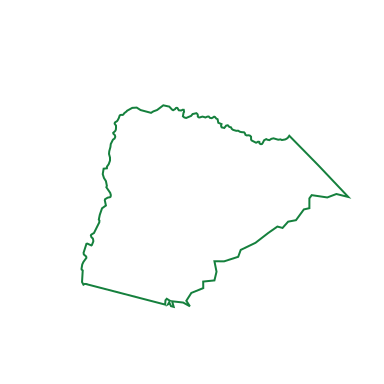 Oconee, South Carolina, United States of America (Natural Earth projection), rotated 64°
{"feature_id": "52423323B77121612808563", "entity_name": "Oconee", "entity_type": "district", "adm_level": 2, "iso_a3": "USA", "parent_name": "United States of America", "parent_adm1": "South Carolina", "projection": "natural_earth1", "projection_center": [-83.156, 34.764], "detail": "fine", "context": "isolated", "style": "outline", "palette": "green", "viewbox_px": 384, "rotation_deg": 64, "n_neighbors": 0, "source": "geoboundaries", "source_scale": "gbopen_adm2", "svg_char_len": 2751}
<svg xmlns="http://www.w3.org/2000/svg" viewBox="0 0 384 384"><g transform="rotate(64 192 192)"><path d="M184.1,79.9L185.2,81.9L185.6,83.6L185.6,85.3L184.7,88.4L183.5,89.4L182.8,91.6L179.5,95.2L179.0,97.4L179.3,99.7L178.0,101.4L177.0,102.1L177.1,104.5L178.6,106.5L179.2,107.4L179.5,108.0L179.3,109.0L178.7,109.6L177.7,110.0L176.6,109.5L176.1,109.9L175.7,110.9L175.9,112.3L175.7,112.9L171.8,115.8L170.8,115.9L168.2,114.7L166.9,115.1L165.9,116.1L165.1,118.1L164.0,118.9L162.4,118.7L161.1,119.1L160.2,120.8L159.0,122.4L157.1,123.7L156.4,125.4L154.2,127.8L152.7,128.6L151.0,128.6L149.9,129.9L147.7,130.6L147.3,132.2L148.6,134.9L146.9,137.0L145.3,136.9L143.9,135.7L141.3,138.0L137.8,137.1L136.6,138.0L134.6,138.5L134.0,139.1L134.2,140.4L134.3,141.9L133.3,143.3L131.5,143.9L131.0,145.1L130.9,147.3L129.8,148.4L128.8,149.6L128.4,152.2L128.1,153.0L127.6,153.4L126.7,153.7L126.0,153.3L125.1,153.0L124.3,153.0L123.1,153.5L122.2,157.3L123.2,159.4L122.9,164.8L121.7,166.2L120.0,167.0L117.1,164.9L116.5,164.0L114.5,163.4L114.0,164.3L114.0,166.0L112.8,168.0L111.7,168.2L110.9,168.2L110.1,168.3L109.7,168.7L109.5,169.2L109.5,169.7L110.1,170.9L110.2,173.1L109.2,173.8L105.3,175.0L101.5,179.8L103.0,187.4L102.6,191.4L102.9,194.1L95.8,202.3L91.9,204.7L90.2,208.8L90.5,214.7L90.5,214.8L90.9,215.5L91.0,216.1L91.5,218.4L92.3,219.8L92.3,220.6L91.6,221.9L91.4,222.7L91.6,223.5L92.3,224.2L93.5,225.4L94.3,226.5L95.1,227.6L95.5,228.5L95.6,230.0L95.8,230.9L96.7,231.6L99.0,231.2L100.9,232.1L102.4,233.0L103.1,233.7L103.5,234.3L104.3,236.9L105.1,237.1L107.2,236.4L108.8,236.8L110.0,238.2L110.3,240.1L113.3,244.0L115.8,245.6L119.1,248.5L121.4,249.9L125.1,250.6L127.8,251.9L130.5,254.7L131.9,257.3L133.4,258.1L132.3,261.2L136.8,264.4L140.8,265.0L144.5,264.6L149.1,265.8L150.2,266.9L156.9,265.9L159.2,266.3L160.5,267.2L160.7,267.9L160.5,268.8L160.1,270.3L160.4,273.3L161.2,274.0L166.4,275.3L167.2,280.0L172.1,284.9L176.0,287.9L177.0,287.7L178.6,288.6L185.9,298.1L186.0,299.8L186.2,301.3L186.6,301.9L188.6,302.2L190.1,301.6L190.3,301.5L192.1,301.9L193.2,302.4L195.8,305.3L195.9,305.9L192.5,308.7L192.3,309.6L199.1,316.1L200.7,316.6L203.6,315.4L204.9,315.8L206.8,319.4L207.3,320.3L209.0,322.4L212.5,324.9L213.3,325.2L214.6,324.6L224.7,330.3L227.7,330.2L227.6,328.7L228.6,327.0L228.8,327.0L281.4,265.5L277.7,263.3L276.9,261.5L280.1,259.5L282.4,262.7L282.3,260.9L285.4,260.9L287.2,258.8L281.5,257.8L287.5,248.4L293.8,244.0L287.3,244.8L282.4,236.8L283.3,224.0L277.4,221.2L281.3,210.6L274.4,204.9L264.1,202.2L268.4,193.5L270.5,178.9L265.4,173.6L265.5,157.2L262.2,141.2L260.5,130.4L264.0,126.4L260.8,118.6L262.9,110.9L256.7,99.1L258.0,93.6L249.2,89.3L247.3,85.8L256.2,72.8L257.1,63.1L265.0,53.7L225.8,66.0L222.4,67.1L184.1,79.9Z" fill="none" stroke="#15803d" stroke-width="2"/></g></svg>